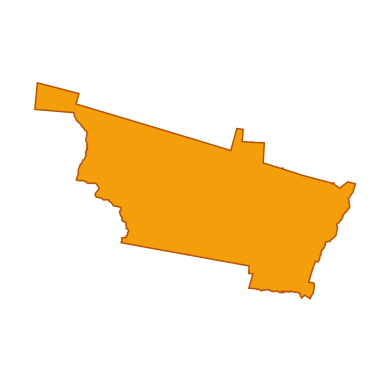 Río Seco, Córdoba, Argentina (Natural Earth projection), rotated 184°
{"feature_id": "61730980B71498262551365", "entity_name": "Río Seco", "entity_type": "district", "adm_level": 2, "iso_a3": "ARG", "parent_name": "Argentina", "parent_adm1": "Córdoba", "projection": "natural_earth1", "projection_center": [-63.26, -30.047], "detail": "fine", "context": "isolated", "style": "filled", "palette": "amber", "viewbox_px": 384, "rotation_deg": 184, "n_neighbors": 0, "source": "geoboundaries", "source_scale": "gbopen_adm2", "svg_char_len": 5846}
<svg xmlns="http://www.w3.org/2000/svg" viewBox="0 0 384 384"><g transform="rotate(184 192 192)"><path d="M75.2,93.9L72.9,96.4L72.6,97.0L66.5,93.9L66.0,96.1L65.3,97.4L64.1,99.5L63.9,100.1L64.0,100.9L63.7,102.0L63.5,106.9L63.9,109.5L65.6,109.5L65.6,110.1L69.2,110.0L67.8,117.0L66.6,122.3L64.1,131.4L61.2,131.1L60.2,133.6L59.6,138.2L59.0,138.3L58.8,142.7L58.2,142.7L57.9,143.0L57.9,143.7L57.8,144.1L57.7,144.3L57.1,144.4L56.5,145.2L56.4,145.4L56.4,146.2L56.3,146.5L55.9,146.9L55.2,148.2L55.3,148.8L55.7,149.1L55.7,149.3L55.5,149.7L55.4,150.0L55.2,150.5L55.5,151.0L54.7,151.6L54.3,151.6L54.1,151.5L53.7,151.6L53.1,152.2L52.3,152.4L51.6,152.1L51.1,152.2L50.7,152.5L50.4,153.3L50.1,153.6L50.0,154.2L48.3,155.3L47.5,156.2L46.7,156.7L45.8,158.6L45.5,158.7L45.0,160.4L45.1,161.8L44.7,163.7L44.6,164.8L44.4,165.7L44.5,167.0L44.7,167.7L44.9,168.3L45.5,169.3L45.1,169.7L45.2,170.2L44.9,170.5L44.3,170.8L44.1,171.2L43.6,171.2L42.9,172.6L41.9,174.0L41.8,174.3L41.3,174.4L41.0,175.0L41.0,175.4L40.8,175.5L40.3,176.4L39.8,177.0L39.7,177.5L40.0,178.3L39.9,178.9L38.7,180.6L38.0,181.8L38.0,182.2L37.6,182.5L36.9,182.7L36.4,183.5L35.9,184.1L35.7,184.8L35.2,185.7L34.8,185.9L33.9,187.2L33.9,188.3L33.7,189.1L34.3,191.6L34.8,192.7L34.7,193.7L35.0,195.2L35.6,196.1L31.5,202.9L29.5,211.5L37.3,213.0L44.7,206.4L44.7,206.2L46.5,206.7L47.3,207.8L48.2,208.2L49.0,208.5L50.1,209.0L50.5,209.5L50.7,210.2L51.0,210.7L51.2,210.2L51.6,210.4L52.0,210.1L52.5,210.7L52.9,209.9L53.1,209.9L54.0,210.8L82.4,216.2L102.8,221.2L102.8,222.1L104.2,222.1L104.3,221.5L123.0,226.0L123.3,246.1L135.9,245.7L135.8,246.1L136.3,246.1L136.8,245.8L145.3,245.7L145.3,258.0L151.7,258.5L156.2,236.1L232.2,253.4L313.8,271.7L311.6,282.2L335.7,286.8L353.9,290.1L354.5,263.4L315.2,262.9L315.0,262.0L315.0,261.2L314.8,260.2L314.4,259.1L313.7,258.1L312.4,255.7L311.4,254.7L310.7,254.4L310.2,253.4L308.8,252.7L308.0,251.9L307.6,251.4L306.8,250.0L306.4,249.7L305.6,249.2L305.0,248.6L304.5,247.8L303.6,247.0L303.0,246.1L302.3,245.9L301.5,245.3L300.7,243.1L300.8,241.3L301.3,239.1L301.5,237.4L301.5,236.9L301.2,236.3L301.4,235.6L301.1,234.5L300.3,233.8L299.9,233.3L299.7,232.8L299.6,232.1L299.7,231.9L300.1,231.7L300.5,231.0L300.1,230.5L299.5,229.2L300.1,228.7L300.1,228.2L299.7,227.8L299.3,226.8L299.2,226.6L299.7,226.5L300.1,226.7L300.3,226.5L300.3,225.9L300.6,225.0L300.4,224.7L300.4,224.3L300.9,224.3L301.0,223.4L300.4,222.3L300.4,222.0L300.5,221.9L300.5,221.3L300.2,220.9L300.1,220.5L300.2,220.1L301.0,218.9L301.8,217.3L302.0,216.8L303.0,216.3L303.3,215.7L304.2,212.2L305.3,212.0L305.4,211.5L305.4,211.1L305.9,210.2L305.9,209.6L306.5,208.3L306.8,206.6L306.8,205.5L307.1,205.1L307.1,204.7L306.9,203.8L306.6,203.3L306.5,203.0L306.7,202.4L306.8,201.4L307.2,200.4L307.4,199.7L307.7,199.0L308.1,195.8L304.3,195.3L303.9,195.3L303.2,195.8L303.0,196.1L302.9,195.9L302.7,195.8L302.2,196.0L301.4,195.6L301.1,195.3L299.9,195.3L299.4,195.1L299.2,194.9L298.4,194.9L297.9,194.5L297.7,193.9L297.0,193.6L296.0,193.7L295.0,193.4L292.7,193.6L292.7,193.8L291.3,193.8L291.0,194.0L290.5,193.5L290.1,193.8L289.7,194.0L288.6,193.9L288.0,193.3L286.9,192.4L286.8,191.6L286.6,191.3L285.7,190.5L285.5,190.1L285.3,189.9L285.3,189.7L284.8,189.3L284.8,189.1L284.8,188.9L285.6,187.8L285.7,187.4L286.4,186.7L286.6,186.1L286.8,185.9L287.8,184.9L287.8,184.5L288.0,184.2L288.3,182.9L288.7,182.4L287.2,180.5L287.0,180.2L286.4,180.1L286.2,180.4L285.8,180.4L285.0,180.0L284.6,180.2L284.4,180.0L283.8,180.0L283.5,179.7L283.0,179.7L282.3,179.9L281.5,179.6L281.1,178.8L280.6,178.7L280.3,178.2L279.9,178.0L279.1,177.9L278.5,178.1L277.5,178.0L276.7,178.6L276.3,178.6L275.9,178.2L275.5,178.4L275.1,178.4L274.8,178.3L274.7,178.0L274.4,178.0L274.2,177.6L274.1,177.0L273.8,176.8L273.3,176.5L272.7,176.4L272.1,176.2L271.4,175.6L271.1,174.9L270.6,174.4L270.0,173.3L269.6,172.9L269.2,172.6L267.6,172.5L265.8,172.8L265.5,172.5L263.8,171.9L263.3,172.1L262.9,172.0L262.4,171.7L261.8,171.2L261.6,171.0L261.5,170.3L261.6,169.4L261.9,168.9L262.2,168.8L262.5,168.3L262.5,167.7L262.9,167.6L262.9,166.9L262.7,166.7L262.6,166.0L261.8,164.7L261.8,163.9L261.7,163.6L261.0,162.9L260.3,162.4L260.2,162.0L260.2,161.6L260.0,161.4L260.0,160.9L259.8,160.4L259.9,160.1L259.9,159.4L260.0,158.9L260.0,158.5L259.3,158.6L258.8,158.2L257.9,157.9L257.6,157.3L256.6,157.6L256.1,157.6L256.0,157.1L255.5,155.5L255.6,154.9L255.4,154.6L255.6,154.1L255.6,153.8L255.3,153.6L254.7,152.8L254.8,152.4L255.0,151.9L254.8,151.3L255.1,151.0L255.1,150.8L254.1,150.3L253.8,150.5L253.5,150.3L252.8,150.1L252.6,149.7L252.6,148.8L252.4,148.4L252.9,147.8L253.0,147.3L253.2,147.0L253.5,147.0L253.2,146.5L253.2,145.2L253.8,144.4L254.6,143.6L254.5,143.0L254.3,142.7L255.2,142.1L255.5,141.7L255.9,141.7L256.3,141.7L256.7,141.8L257.3,141.9L257.9,141.4L258.2,141.4L258.4,141.5L258.5,141.5L258.6,141.2L259.0,140.8L258.8,140.4L258.9,140.1L258.6,139.5L258.4,138.3L258.8,137.6L259.3,137.4L259.3,137.2L258.8,136.9L258.6,136.6L258.7,136.4L129.8,122.2L129.8,114.7L125.5,114.7L128.6,100.0L122.3,100.0L121.2,99.5L120.2,99.5L119.8,99.3L119.6,99.9L119.1,99.9L118.5,99.7L117.7,99.0L117.2,98.9L116.6,98.4L115.8,98.2L115.5,98.4L115.1,99.1L114.4,99.1L113.7,98.9L113.3,98.9L112.8,99.2L111.1,99.8L108.8,99.6L108.2,99.8L107.3,99.2L106.6,99.0L106.1,98.7L104.9,98.3L103.9,98.6L103.5,98.4L102.7,98.5L101.8,98.8L101.6,99.0L100.9,99.2L100.7,99.0L99.5,99.0L99.1,98.5L98.4,98.1L96.9,97.8L96.5,97.9L96.1,98.7L95.7,99.1L95.6,98.6L95.4,98.1L94.9,98.0L94.8,97.8L94.6,97.8L94.4,98.4L94.1,98.8L94.2,99.3L94.0,99.5L93.6,99.3L93.1,98.5L92.9,99.1L92.5,99.2L92.3,99.4L91.8,99.5L91.4,99.3L91.0,99.4L90.8,99.2L90.7,99.3L90.3,99.4L89.9,99.1L88.2,99.0L88.1,99.4L87.7,99.3L87.8,99.8L87.4,100.0L86.1,99.7L85.4,99.9L85.0,99.6L84.4,99.4L84.3,99.2L83.6,99.4L83.2,99.4L82.9,99.2L82.5,99.3L81.9,99.2L81.5,99.6L81.1,99.5L80.1,99.4L79.8,99.0L77.5,98.7L77.2,98.1L77.2,97.4L76.8,96.4L75.2,93.9Z" fill="#f59e0b" stroke="#b45309" stroke-width="1.5"/></g></svg>